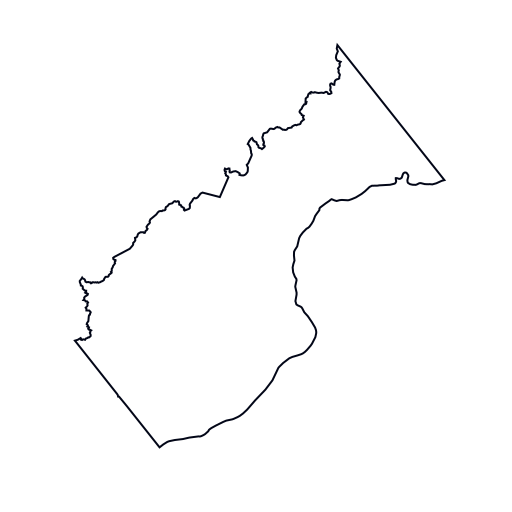 outline of Cotriguaçu, Mato Grosso, Brazil, rotated 52°
{"feature_id": "56859067B41206181741344", "entity_name": "Cotriguaçu", "entity_type": "district", "adm_level": 2, "iso_a3": "BRA", "parent_name": "Brazil", "parent_adm1": "Mato Grosso", "projection": "natural_earth1", "projection_center": [-58.781, -9.466], "detail": "fine", "context": "isolated", "style": "outline", "palette": "ink", "viewbox_px": 512, "rotation_deg": 52, "n_neighbors": 0, "source": "geoboundaries", "source_scale": "gbopen_adm2", "svg_char_len": 6092}
<svg xmlns="http://www.w3.org/2000/svg" viewBox="0 0 512 512"><g transform="rotate(52 256 256)"><path d="M139.9,62.0L142.3,64.7L145.1,65.5L147.1,69.1L149.0,71.0L151.4,71.7L152.4,71.5L155.1,69.7L155.8,71.9L157.4,72.6L158.1,73.4L158.7,75.9L160.6,76.4L161.3,77.3L162.1,77.9L164.6,78.2L165.4,79.0L166.0,80.0L167.3,81.1L167.1,82.4L166.5,83.7L166.4,84.9L166.6,85.8L167.2,86.8L169.3,88.9L168.6,89.6L166.5,90.2L166.1,91.2L166.7,92.2L167.6,92.8L168.7,93.1L169.6,93.9L171.0,95.5L172.9,95.6L174.1,96.3L173.9,97.5L173.5,98.5L172.7,99.3L171.2,99.0L170.4,99.2L169.7,99.8L169.2,102.3L167.6,103.8L166.1,106.3L164.7,107.6L163.1,108.8L162.9,109.8L161.7,111.1L160.7,111.5L160.5,113.0L161.3,113.2L160.8,113.9L160.7,115.0L161.6,116.4L162.4,117.2L162.3,118.5L162.5,119.9L165.5,122.5L165.9,121.6L166.9,122.8L166.7,124.0L166.2,124.7L167.0,127.5L167.9,129.0L168.2,130.0L168.2,131.0L168.9,132.7L169.6,133.1L170.8,133.1L172.2,132.8L173.1,133.2L174.8,132.1L175.7,133.7L178.0,134.2L177.9,135.6L178.2,138.3L178.8,138.9L179.2,139.8L178.9,140.9L178.2,142.2L177.9,143.6L176.9,144.3L176.5,145.6L176.2,147.7L176.7,148.9L174.9,152.1L175.3,153.6L175.1,154.7L174.4,155.7L173.6,156.2L173.1,157.1L169.2,158.3L168.4,159.4L167.5,159.7L167.0,161.4L167.1,163.2L166.7,164.1L164.8,165.8L164.3,166.8L165.4,171.1L164.1,174.4L164.5,175.3L165.5,176.5L166.2,177.7L166.9,178.3L168.0,178.5L168.7,179.1L169.5,179.0L170.2,179.6L171.0,179.5L172.0,180.3L172.4,181.4L173.1,181.9L174.2,181.3L175.1,181.7L175.4,183.5L175.4,185.5L174.2,185.8L172.6,187.0L171.8,187.1L170.6,186.3L169.6,186.2L168.6,186.5L166.6,185.6L165.6,186.0L164.9,186.7L164.2,186.6L163.2,187.1L162.5,186.7L160.6,186.4L160.5,187.6L161.2,190.4L162.7,193.6L163.7,193.3L167.4,193.8L168.6,194.7L170.0,195.2L172.0,196.5L173.2,196.7L174.2,197.6L178.2,205.1L178.5,207.2L181.3,207.9L184.0,210.2L184.7,211.3L185.3,214.0L185.1,215.4L184.7,216.4L183.5,217.8L181.9,219.1L180.9,218.0L178.5,218.8L176.6,219.8L175.4,221.9L174.8,224.3L173.9,225.2L173.0,224.8L172.3,223.9L171.3,223.6L170.7,223.1L170.0,223.8L169.6,225.9L168.0,226.6L168.6,227.6L169.5,228.2L170.3,228.3L171.2,227.9L172.0,229.4L173.1,229.4L174.0,230.1L175.8,229.2L177.0,229.3L187.3,248.2L173.1,259.1L172.7,261.3L173.9,265.7L173.8,267.2L173.4,268.1L172.3,268.8L172.5,270.9L173.1,271.7L174.1,275.7L174.9,276.9L175.7,277.1L177.4,278.6L177.6,279.8L176.2,284.3L175.2,284.4L174.4,283.3L173.3,283.3L172.5,283.9L171.8,283.9L171.1,284.4L170.0,283.8L168.2,284.9L167.6,284.3L165.6,283.3L164.7,283.8L164.4,285.0L163.9,285.7L163.1,285.9L162.6,286.6L162.6,287.7L162.9,289.5L161.6,292.5L162.2,295.0L162.0,296.9L162.7,298.0L163.6,298.6L163.8,299.5L163.4,300.6L162.7,301.5L162.7,302.5L161.5,304.0L161.1,305.0L161.2,306.5L161.9,309.1L162.1,316.7L163.2,318.6L164.2,318.9L164.7,319.8L164.8,321.9L165.6,324.3L166.7,324.8L167.8,324.7L168.3,325.9L168.3,327.6L169.3,329.3L168.9,330.0L168.0,330.1L166.2,332.4L165.9,334.9L166.4,336.1L167.4,337.4L167.7,338.6L167.2,340.2L169.3,341.4L169.8,342.6L170.1,344.8L171.2,345.6L171.7,346.5L172.6,351.0L169.5,368.2L169.5,369.7L170.6,370.3L171.7,370.0L172.7,369.2L173.4,369.7L173.5,370.6L174.1,371.3L175.0,371.6L175.9,374.9L176.7,375.9L177.3,377.6L179.0,378.9L179.2,380.1L180.3,380.1L180.4,381.4L180.3,382.6L180.4,383.7L181.1,384.5L181.2,385.5L179.8,387.4L180.5,389.7L181.2,390.4L181.3,391.4L181.2,392.6L180.8,393.6L180.8,394.6L180.0,396.7L179.1,397.0L178.8,398.0L178.0,398.5L177.6,399.4L176.3,400.6L175.9,401.3L176.2,402.1L175.9,402.9L174.6,402.9L174.1,403.6L173.2,404.2L172.4,405.7L171.2,406.2L169.9,405.6L168.8,405.5L167.7,405.9L167.0,406.4L166.0,406.3L166.5,407.6L167.2,410.3L168.1,410.9L170.5,411.6L171.4,412.2L172.2,411.6L173.2,411.3L174.3,411.9L175.1,412.7L177.8,412.2L178.8,411.2L179.6,411.9L179.8,413.2L180.8,412.8L181.5,412.1L182.4,411.8L183.0,412.7L182.7,415.8L183.0,417.0L184.1,417.7L184.5,419.1L185.3,418.3L186.1,418.0L186.9,418.2L187.8,417.0L189.3,417.0L189.6,418.2L191.2,419.1L191.6,419.9L191.9,422.1L193.1,422.1L194.5,423.2L196.3,421.0L198.2,420.8L198.8,421.1L199.1,422.1L200.0,423.0L199.9,424.0L200.4,424.7L204.1,428.2L204.8,430.4L205.5,431.4L206.7,431.1L207.6,431.4L207.8,432.3L209.4,431.5L209.8,432.1L210.0,433.0L210.9,433.1L211.8,432.3L213.1,431.7L213.2,432.9L213.9,433.3L214.2,434.2L216.5,434.9L217.3,435.7L217.4,437.6L216.8,438.3L216.9,439.1L216.3,441.0L216.8,442.3L215.6,443.1L215.1,443.9L215.1,444.8L214.2,445.4L213.6,444.8L212.7,444.7L212.3,448.0L211.2,450.8L279.3,450.4L280.4,450.5L281.9,451.2L282.5,450.5L294.7,450.2L347.4,449.8L347.4,445.1L347.7,442.1L347.9,440.3L348.5,438.4L351.0,433.3L355.3,426.2L358.0,420.4L362.8,412.3L363.5,411.6L364.0,410.7L364.3,409.8L364.8,407.5L365.0,405.8L364.7,401.5L364.1,400.2L364.0,399.3L364.1,397.1L364.9,392.1L366.5,384.2L367.4,380.8L370.1,375.3L370.6,373.8L371.6,369.7L372.0,367.2L372.1,363.2L371.6,357.6L369.2,345.4L367.1,330.9L364.1,319.6L357.9,307.2L357.6,305.8L357.0,300.3L357.1,292.7L357.9,289.5L359.9,284.5L361.2,280.9L361.6,279.1L361.7,276.6L361.4,273.7L360.3,268.2L359.6,265.9L356.5,259.2L354.0,256.2L353.1,255.4L351.4,254.4L348.8,253.5L342.6,252.7L335.3,252.2L330.1,252.6L325.9,251.8L324.5,251.7L323.4,252.0L320.4,253.6L319.0,254.0L315.8,252.7L311.5,247.9L309.9,246.6L304.4,244.0L303.4,243.0L300.1,239.0L298.9,238.3L296.2,238.1L291.8,236.8L287.6,234.2L285.4,231.6L283.3,228.5L279.0,225.8L276.1,223.4L275.3,221.9L273.8,217.6L268.5,211.0L267.4,208.7L266.3,204.6L265.6,199.4L265.9,197.6L265.8,195.8L264.8,192.3L263.6,189.2L260.9,184.8L260.0,182.0L258.9,177.9L257.7,176.8L257.3,175.7L257.4,168.9L257.7,164.3L257.6,162.5L257.8,161.4L260.5,159.9L262.3,158.6L263.5,155.7L264.7,153.8L268.4,149.6L269.1,148.6L270.1,145.7L271.3,141.3L272.1,134.6L272.1,130.2L271.5,124.0L272.0,121.4L275.6,116.6L276.0,115.7L282.4,106.5L284.2,102.5L284.4,101.5L283.8,100.0L283.2,99.4L281.4,98.5L280.7,97.9L281.3,97.1L283.4,95.7L284.0,94.5L284.0,92.9L282.1,90.1L281.6,88.9L281.7,87.6L282.5,86.5L283.7,86.1L286.1,86.3L287.0,86.9L289.4,90.0L291.0,91.0L292.0,91.2L294.2,90.4L296.2,88.8L298.3,86.3L298.7,85.1L299.1,82.8L299.5,81.9L300.1,81.2L303.3,78.7L305.5,76.1L306.3,74.9L308.1,73.0L309.7,69.2L311.1,63.4L312.2,60.8L139.9,62.0Z" fill="none" stroke="#020617" stroke-width="2"/></g></svg>